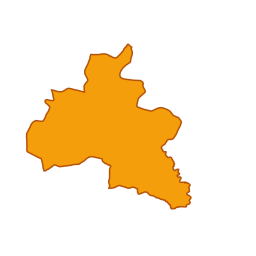 the district of Kadiogo, Kadiogo, Burkina Faso, rotated 26°
{"feature_id": "67063806B99988316808523", "entity_name": "Kadiogo", "entity_type": "district", "adm_level": 2, "iso_a3": "BFA", "parent_name": "Burkina Faso", "parent_adm1": "Kadiogo", "projection": "mercator", "projection_center": [-1.417, 12.368], "detail": "fine", "context": "isolated", "style": "filled", "palette": "amber", "viewbox_px": 256, "rotation_deg": 26, "n_neighbors": 0, "source": "geoboundaries", "source_scale": "gbopen_adm2", "svg_char_len": 5858}
<svg xmlns="http://www.w3.org/2000/svg" viewBox="0 0 256 256"><g transform="rotate(26 128 128)"><path d="M39.4,177.6L40.1,178.9L40.4,179.9L41.3,181.6L42.4,183.3L46.4,191.2L46.8,192.3L47.7,193.3L48.1,193.5L48.5,193.5L56.5,193.7L59.2,193.8L63.4,193.6L65.4,195.8L67.8,198.8L69.2,201.1L70.5,202.4L71.2,203.3L71.8,203.1L72.8,202.4L72.8,202.1L73.5,200.9L74.6,199.7L75.4,198.4L75.7,197.4L76.7,196.1L77.1,195.2L77.4,194.2L77.9,193.6L78.3,193.3L79.7,193.0L81.2,193.0L82.7,192.9L83.3,192.8L84.2,192.3L86.0,191.2L88.8,189.3L90.1,188.5L91.3,187.6L92.9,186.7L93.8,185.8L95.3,184.6L99.6,182.2L100.2,181.4L101.4,179.2L102.7,177.2L103.4,175.8L104.3,173.5L105.5,171.6L106.5,170.6L107.6,169.8L109.2,169.2L115.2,167.8L117.1,167.4L118.1,167.0L118.4,167.3L119.2,168.5L119.8,168.9L120.8,169.4L122.1,169.6L122.8,169.9L123.8,169.6L124.1,169.6L125.2,169.7L125.8,169.9L126.6,169.9L127.5,169.3L127.9,169.4L128.5,169.8L129.2,169.8L129.3,170.2L129.4,172.1L129.7,173.5L133.4,181.1L133.8,182.9L133.9,184.1L134.2,184.7L134.8,185.7L136.8,187.8L137.1,188.8L137.0,189.6L137.2,190.3L137.4,190.0L137.9,190.1L138.4,190.0L141.4,188.0L142.4,187.0L144.0,184.7L144.8,184.0L145.4,183.5L146.0,183.3L148.4,183.0L152.1,182.2L153.0,182.3L154.6,182.0L155.4,181.6L156.9,180.2L158.3,179.1L159.2,178.7L163.3,178.6L163.5,179.5L164.1,180.4L164.3,180.6L164.8,181.6L166.2,182.7L166.4,182.5L167.1,182.4L168.0,181.6L171.1,178.1L173.1,177.4L174.4,177.8L176.4,178.6L178.4,178.6L179.4,178.0L180.0,178.1L181.4,177.9L182.4,177.9L183.6,178.1L184.0,178.3L184.4,178.0L185.8,177.7L186.2,177.4L187.3,177.6L188.8,177.7L189.6,177.5L190.8,176.9L191.4,177.2L193.2,176.7L193.2,177.0L193.7,177.2L194.5,177.5L195.2,177.0L195.6,177.4L196.8,177.8L197.2,178.2L197.9,178.2L198.4,178.6L198.8,178.7L199.5,178.6L200.1,179.4L200.6,179.6L201.0,180.2L201.2,180.9L201.5,180.9L202.4,181.6L202.8,181.2L203.1,181.2L203.5,181.0L204.2,180.4L204.6,180.5L204.8,180.4L205.4,179.5L205.7,179.5L205.8,178.9L206.7,177.8L207.7,177.4L207.8,177.1L207.7,176.9L207.9,176.6L208.4,176.3L209.6,176.0L209.9,175.6L210.5,175.2L212.2,174.6L213.1,174.2L213.6,174.0L214.1,173.7L214.8,173.3L214.9,173.1L214.6,172.6L214.4,171.9L214.5,171.4L215.4,170.3L216.2,169.6L216.4,169.4L216.6,168.8L216.6,167.9L216.5,167.6L214.8,166.3L214.8,165.3L214.9,164.9L215.2,164.3L215.3,163.7L215.1,163.2L214.8,162.6L214.5,162.4L213.3,162.2L212.7,162.0L212.0,161.9L210.4,162.0L210.1,161.9L209.6,160.8L209.7,160.0L210.7,158.8L211.0,158.1L209.7,155.8L209.2,155.2L208.6,154.9L208.8,152.7L208.9,152.2L208.1,151.7L207.5,151.5L206.4,151.3L205.6,151.5L205.3,151.3L205.0,151.3L204.0,151.9L203.7,151.9L203.2,152.2L203.2,151.6L201.2,152.6L200.1,153.4L199.0,153.7L198.0,153.4L197.5,152.8L197.7,149.9L197.5,149.5L196.7,149.1L196.1,149.4L195.6,149.5L195.4,149.6L195.1,150.0L194.6,150.2L194.0,150.1L193.3,149.5L193.0,149.0L193.2,148.6L193.6,148.3L193.9,148.2L194.1,147.8L194.4,147.5L194.4,147.0L194.3,146.7L194.2,146.3L192.7,146.2L192.3,145.9L192.2,145.5L192.0,143.8L191.6,143.0L191.1,143.1L189.7,144.2L189.5,144.7L189.0,145.5L187.6,145.7L186.4,144.8L185.5,143.4L185.8,142.8L186.1,142.3L186.1,142.0L185.7,141.7L185.1,140.4L185.6,140.1L185.4,139.8L184.7,139.4L184.1,138.5L183.7,138.1L183.1,138.0L182.5,137.4L181.6,137.1L180.5,136.0L179.4,135.6L178.6,135.7L178.1,136.1L177.4,136.8L176.7,137.0L176.1,136.8L175.6,136.5L174.3,136.2L173.4,135.4L173.3,135.1L173.0,135.0L173.1,134.0L172.6,132.8L171.7,133.1L171.0,133.5L170.5,133.7L169.9,133.7L169.5,133.4L169.0,133.0L169.0,132.8L168.3,132.3L168.0,132.0L167.3,131.7L166.5,131.2L166.6,129.6L167.0,128.4L168.1,126.6L168.3,126.2L168.3,124.9L168.7,123.5L168.5,123.2L168.6,121.7L168.8,121.5L169.0,121.3L169.1,121.1L169.8,120.3L171.2,119.7L172.0,119.3L172.8,118.4L173.2,117.8L173.6,116.4L173.9,114.2L174.1,111.8L173.9,110.0L173.8,106.9L174.0,103.6L173.5,99.5L172.6,98.6L171.4,97.8L169.4,96.8L168.2,96.6L163.8,96.9L162.4,96.5L160.3,95.4L158.5,94.6L157.9,94.4L156.2,94.3L154.9,94.2L151.1,94.6L149.1,95.1L147.9,95.7L146.7,96.6L145.3,98.1L142.0,102.2L141.1,102.7L136.8,103.7L133.2,104.4L131.7,104.5L128.6,104.8L127.5,104.8L127.0,104.9L126.6,104.6L126.2,104.1L125.8,103.3L124.5,97.5L124.4,96.7L124.6,96.0L126.3,91.5L127.5,89.0L127.6,88.0L127.2,87.2L126.4,86.4L123.9,84.6L123.1,83.9L122.6,82.9L122.3,81.5L122.1,81.3L121.6,81.0L121.1,80.3L119.4,80.1L119.2,80.0L118.3,79.9L112.3,82.6L109.8,83.4L103.6,85.5L102.3,85.8L101.3,85.9L99.6,85.8L98.4,85.3L98.1,84.9L97.3,83.7L96.8,82.3L96.6,80.5L96.7,78.6L97.2,76.0L98.5,72.6L101.1,68.1L101.2,67.4L100.5,65.4L100.0,63.5L99.8,61.6L99.2,59.3L98.6,58.0L97.7,56.9L96.2,55.5L96.2,55.0L96.0,54.7L95.9,53.7L94.0,53.5L93.4,53.2L92.2,52.8L91.6,52.7L91.3,52.7L90.9,53.4L90.7,54.1L91.0,55.3L90.9,55.9L90.5,56.0L90.1,57.2L89.7,58.6L89.8,60.0L89.7,61.1L89.1,63.2L88.9,64.4L87.0,69.7L86.5,70.2L85.1,70.9L84.2,71.1L83.1,71.2L81.9,71.0L79.9,71.2L79.8,71.4L79.2,71.0L78.5,71.1L77.6,71.0L76.2,71.2L75.0,71.5L73.6,72.1L72.0,73.0L70.1,74.5L66.9,76.1L65.3,77.0L63.2,77.8L62.4,78.3L62.3,78.5L63.0,81.4L63.4,82.8L63.5,84.8L63.9,88.1L63.8,91.1L63.8,93.0L63.9,94.6L64.2,95.9L65.3,97.8L66.6,99.1L68.6,100.5L70.2,101.8L70.8,102.4L71.1,103.5L70.9,104.3L70.3,106.2L70.1,108.3L70.2,109.5L70.8,110.9L72.6,114.0L73.2,114.7L72.8,114.9L71.1,115.3L66.2,116.2L63.9,116.9L58.5,117.9L57.3,118.4L56.8,118.7L56.3,119.2L55.1,120.9L54.6,122.0L53.5,123.3L52.8,124.2L51.9,124.9L50.1,125.6L48.2,126.2L44.2,126.8L42.6,127.3L43.3,128.1L43.9,128.6L45.5,130.5L48.1,134.0L48.8,134.8L49.0,135.2L49.0,135.6L48.8,135.9L48.3,136.4L46.7,137.1L42.9,138.0L42.0,138.6L41.6,139.3L41.6,140.0L41.8,140.5L42.1,140.9L42.9,141.4L43.9,141.8L45.0,142.0L46.3,142.3L48.1,143.2L48.4,143.4L48.8,144.0L48.8,144.8L49.0,146.0L49.1,147.3L48.9,149.6L48.6,151.8L49.0,155.0L48.8,157.9L48.5,158.9L48.2,159.4L47.3,159.9L45.5,160.6L44.2,161.0L43.2,161.2L42.2,161.6L41.5,162.2L40.7,163.4L40.1,164.4L39.8,165.2L39.4,167.2L39.6,170.4L39.5,172.2L39.4,177.6Z" fill="#f59e0b" stroke="#b45309" stroke-width="1.5"/></g></svg>